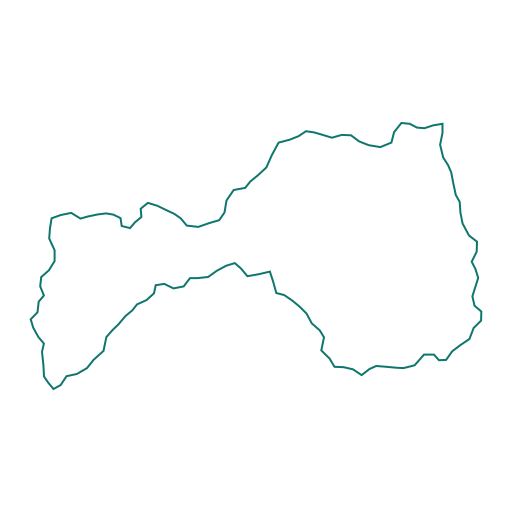 outline of Seritinga, Minas Gerais, Brazil
{"feature_id": "56859067B88996032086182", "entity_name": "Seritinga", "entity_type": "district", "adm_level": 2, "iso_a3": "BRA", "parent_name": "Brazil", "parent_adm1": "Minas Gerais", "projection": "orthographic", "projection_center": [-44.473, -21.917], "detail": "fine", "context": "isolated", "style": "outline", "palette": "teal", "viewbox_px": 512, "rotation_deg": 0, "n_neighbors": 0, "source": "geoboundaries", "source_scale": "gbopen_adm2", "svg_char_len": 1884}
<svg xmlns="http://www.w3.org/2000/svg" viewBox="0 0 512 512"><path d="M53.5,389.0L60.7,385.0L66.5,376.2L76.8,374.0L87.0,368.1L93.5,359.9L103.5,350.9L106.4,337.0L112.6,330.0L118.6,324.2L125.4,316.1L132.4,310.3L137.0,304.4L146.5,300.1L154.0,293.3L155.7,285.2L164.3,283.9L173.5,288.4L183.7,286.4L190.0,278.1L197.5,278.1L208.1,277.0L216.8,270.8L226.0,265.8L234.8,263.1L240.9,268.4L247.4,276.2L259.3,274.1L269.9,271.6L273.2,281.8L276.3,293.0L284.3,295.1L292.4,300.7L299.6,306.6L306.5,313.5L311.8,323.4L319.7,330.3L324.0,337.3L321.3,350.4L329.6,358.6L334.5,366.8L343.7,367.2L352.9,369.3L361.6,375.1L369.5,369.0L376.2,366.0L386.4,366.8L395.9,367.7L403.5,368.1L414.6,365.3L424.0,354.6L433.9,354.6L439.0,360.2L446.1,359.9L452.2,351.3L460.2,345.2L469.4,339.0L473.7,327.9L481.1,320.6L481.3,311.5L474.5,305.7L472.4,296.3L476.0,284.9L478.2,277.9L475.5,269.2L471.7,261.7L476.7,251.6L477.0,241.7L469.0,235.5L462.6,223.6L460.4,212.4L459.7,201.9L455.8,195.0L453.4,183.8L451.2,172.3L448.1,165.2L443.2,157.5L440.1,144.7L442.5,132.9L442.5,123.8L433.0,125.4L424.5,128.2L417.0,127.6L409.7,123.8L401.4,123.0L394.1,132.1L391.4,142.6L380.3,147.1L368.8,145.2L359.3,141.5L351.0,135.3L341.8,134.9L331.9,137.7L322.4,134.8L314.1,132.4L306.0,131.2L298.5,136.2L289.7,139.7L278.6,142.6L271.7,155.4L266.4,167.4L258.1,175.1L250.5,181.3L245.2,187.9L233.7,190.0L226.5,200.5L224.5,212.5L219.2,220.2L209.2,223.1L198.3,226.9L186.8,225.6L180.7,218.3L174.2,213.8L165.4,209.7L157.4,205.8L147.9,202.9L140.7,208.7L141.4,217.0L135.0,222.3L130.0,228.1L121.7,226.0L120.5,218.1L113.3,214.6L106.1,213.4L97.3,214.5L87.4,216.6L80.5,218.6L71.3,212.9L60.8,215.0L51.6,218.3L50.0,228.1L49.2,238.5L54.6,250.3L54.6,261.1L48.9,270.3L41.2,277.1L40.2,286.3L43.9,295.5L38.7,301.7L37.5,312.3L30.7,319.3L33.2,327.6L38.3,336.9L43.9,343.6L42.0,351.8L43.4,364.9L44.0,376.4L48.1,382.5L53.5,389.0Z" fill="none" stroke="#0f766e" stroke-width="2"/></svg>